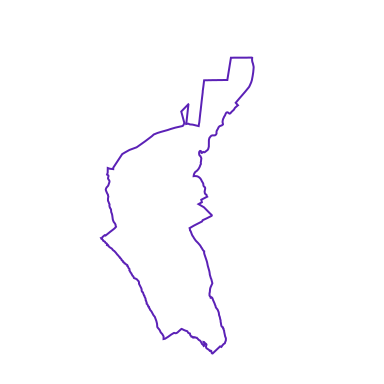 Santa Cruz Tlaxcala, Tlaxcala, Mexico, rotated 22°
{"feature_id": "50627088B88725263381209", "entity_name": "Santa Cruz Tlaxcala", "entity_type": "district", "adm_level": 2, "iso_a3": "MEX", "parent_name": "Mexico", "parent_adm1": "Tlaxcala", "projection": "equal_earth", "projection_center": [-98.126, 19.361], "detail": "fine", "context": "isolated", "style": "outline", "palette": "violet", "viewbox_px": 384, "rotation_deg": 22, "n_neighbors": 0, "source": "geoboundaries", "source_scale": "gbopen_adm2", "svg_char_len": 6112}
<svg xmlns="http://www.w3.org/2000/svg" viewBox="0 0 384 384"><g transform="rotate(22 192 192)"><path d="M135.0,153.0L133.9,155.3L129.4,162.8L123.9,171.3L118.3,176.4L115.3,180.1L113.1,183.0L109.9,198.9L110.4,200.3L107.1,201.2L104.9,201.3L106.6,205.7L106.7,207.7L108.1,207.9L108.6,208.5L108.8,209.9L109.1,211.0L110.1,211.8L110.8,212.2L111.4,212.8L111.7,213.6L111.8,215.1L111.9,216.9L111.9,217.6L111.7,218.2L111.1,219.8L111.0,220.9L111.1,222.0L111.4,222.5L111.9,223.1L112.4,223.6L114.0,225.2L115.0,225.9L115.5,226.8L116.1,227.5L116.6,229.7L117.3,231.4L117.9,232.1L118.6,232.7L119.5,233.8L119.9,234.0L120.3,234.6L120.4,235.3L121.1,236.5L121.3,236.8L121.9,237.2L122.3,237.8L123.1,238.2L123.6,238.8L124.1,239.9L124.7,241.0L125.7,242.0L126.6,243.2L128.9,247.2L130.4,248.9L132.4,250.1L133.3,250.9L134.0,252.1L134.6,252.7L133.9,254.6L133.1,256.1L131.1,259.5L128.2,264.7L128.1,264.8L127.4,264.6L127.2,264.8L125.9,267.2L125.8,268.6L125.7,268.7L125.1,268.9L125.5,269.3L125.9,269.3L126.8,269.6L127.4,269.9L127.8,270.4L128.5,270.6L129.3,270.6L130.0,270.8L130.6,271.4L132.4,271.8L132.8,272.2L133.0,273.1L133.3,273.1L133.8,272.6L134.1,272.7L134.5,272.9L134.7,273.3L135.1,273.6L136.6,274.1L138.8,274.5L139.6,274.9L140.1,275.3L141.2,275.7L142.0,275.8L144.1,276.8L146.3,278.1L147.4,278.5L148.8,279.4L149.2,279.4L149.9,279.8L150.1,280.2L150.8,280.3L152.0,281.0L152.3,281.3L152.4,281.6L153.7,281.9L154.2,282.2L154.4,282.7L154.8,282.8L155.8,282.9L156.0,283.1L156.1,283.4L156.2,283.5L156.8,283.4L158.4,283.9L159.1,283.9L159.5,284.1L159.7,284.4L159.7,284.8L160.5,285.0L161.4,286.1L162.8,286.8L163.1,287.3L163.3,288.2L164.2,288.7L165.1,289.6L166.3,290.2L166.7,290.7L167.3,291.1L168.0,291.8L168.9,292.1L169.4,292.4L170.1,293.2L170.4,293.5L171.7,293.5L172.0,293.4L173.1,293.6L173.5,293.6L174.0,293.8L175.0,294.4L175.7,294.6L176.2,295.0L176.6,295.5L176.9,296.0L177.2,296.9L181.2,300.4L182.0,301.6L182.3,302.4L183.1,303.2L183.5,303.3L183.8,303.3L184.3,303.6L185.0,304.6L185.8,305.3L186.2,305.9L186.8,306.1L187.3,306.9L188.5,307.9L189.1,308.6L189.3,309.0L189.4,309.5L190.2,310.1L190.6,310.8L191.3,311.3L191.7,312.4L191.8,312.6L192.7,312.9L193.3,313.4L194.4,314.6L195.0,314.5L195.4,314.9L195.6,315.5L196.8,316.3L197.1,316.8L199.1,317.9L202.5,320.7L204.3,321.7L207.3,325.0L208.9,327.2L210.3,330.0L210.8,330.5L212.7,331.5L213.8,332.2L215.6,333.9L217.7,334.9L219.7,336.5L219.9,336.9L220.7,339.0L222.0,338.1L224.1,335.2L226.1,332.0L228.0,329.5L228.3,329.3L229.4,329.2L229.9,329.0L230.2,328.8L230.6,328.4L231.1,327.8L232.0,325.9L233.5,322.9L234.2,322.8L236.1,323.0L238.5,323.0L239.2,322.8L240.0,323.0L241.1,323.9L241.5,324.0L242.0,324.1L242.9,323.9L243.1,324.0L243.8,325.1L244.4,325.6L245.1,325.9L245.7,326.4L246.2,326.1L246.8,326.1L247.4,326.6L247.6,326.6L248.6,326.1L248.4,325.8L249.0,325.6L250.9,325.6L251.1,325.4L253.7,326.6L255.2,326.8L256.2,327.4L258.3,329.2L259.4,329.5L260.6,330.4L260.8,330.1L260.4,329.7L260.3,329.4L260.7,328.5L260.6,328.0L260.2,327.6L259.2,327.1L258.9,326.7L259.4,326.6L260.5,327.2L262.2,327.7L262.6,328.1L262.8,329.7L263.0,330.4L263.6,331.2L264.3,331.5L266.8,332.0L268.2,332.7L268.6,332.5L268.8,332.1L269.4,332.2L270.5,333.8L271.1,334.1L271.6,334.0L275.9,324.6L276.6,324.6L277.2,324.7L277.3,324.5L277.6,323.0L278.3,321.1L279.1,320.0L279.1,319.6L279.0,319.0L279.0,318.7L279.0,317.0L278.3,315.1L277.6,314.2L277.0,313.7L274.1,309.4L274.0,309.1L273.6,308.4L273.0,307.9L272.7,307.5L272.4,306.9L272.0,306.9L271.7,306.6L271.4,305.9L270.2,305.7L269.8,305.5L268.9,304.4L267.8,302.5L267.2,301.7L266.5,300.1L266.1,299.8L264.6,297.5L263.4,296.2L263.0,295.6L262.2,294.1L261.4,293.1L259.7,291.4L258.2,290.6L257.2,289.9L256.4,288.7L255.4,287.8L254.9,287.1L251.9,284.2L250.8,282.9L250.0,282.4L249.7,282.4L249.4,282.5L249.1,283.1L248.9,283.1L248.8,282.9L248.8,282.3L248.6,282.1L247.7,282.0L247.0,281.4L246.1,279.2L246.1,278.7L246.0,278.1L245.1,275.2L244.9,273.6L245.0,271.0L245.1,269.2L245.0,268.9L243.1,266.3L242.5,265.5L241.9,265.0L239.9,262.5L239.2,261.5L239.0,261.0L237.7,258.9L234.2,254.4L232.3,251.5L231.1,250.0L226.8,245.0L225.9,243.7L225.8,243.1L225.5,242.4L224.7,242.2L223.1,241.2L222.6,240.6L221.3,239.9L220.7,239.3L219.2,238.3L216.7,237.0L213.7,235.7L211.1,234.0L209.6,232.8L208.7,232.3L207.4,231.0L205.5,228.9L204.5,228.3L203.8,226.9L203.3,226.4L206.5,222.3L212.3,215.6L212.4,215.3L212.4,214.3L212.6,214.0L215.6,210.8L219.1,206.8L219.1,206.2L218.8,205.9L217.1,205.3L208.8,201.7L202.6,200.8L205.0,197.8L203.5,195.7L207.8,190.7L207.3,190.4L206.6,189.3L204.8,188.7L204.3,188.2L203.5,186.8L203.2,185.1L202.8,183.5L202.2,182.8L200.9,182.4L200.2,181.7L199.2,179.9L196.6,177.9L195.9,177.2L194.6,176.3L193.0,175.7L191.8,175.5L190.9,175.5L189.7,175.8L188.3,176.3L187.6,176.7L187.3,175.6L187.2,174.5L187.2,173.8L187.6,172.0L188.3,171.1L188.8,170.0L189.2,168.9L189.5,167.8L189.7,166.0L189.7,164.8L189.6,164.1L189.8,163.1L189.6,162.3L189.1,161.4L188.8,160.0L188.0,157.2L186.5,155.7L185.6,155.4L184.8,154.8L184.1,153.5L183.7,152.3L183.8,152.0L183.9,151.3L184.1,150.9L184.7,150.7L186.2,152.2L186.6,152.0L186.8,151.2L187.2,150.8L187.5,150.6L188.3,150.7L188.9,150.3L190.7,147.2L190.9,145.9L190.6,143.6L188.2,137.5L187.9,135.5L188.4,133.6L188.9,132.5L190.0,131.7L191.2,131.3L192.1,130.8L192.8,129.6L192.8,128.4L192.2,127.2L192.0,125.9L192.3,124.0L192.4,122.0L192.9,120.7L194.8,118.9L195.4,117.8L195.0,117.0L194.1,115.7L193.6,113.7L193.5,112.7L193.6,111.1L193.6,109.9L193.9,108.9L193.9,106.6L194.2,105.4L194.9,104.9L195.5,104.8L197.3,105.3L197.7,105.1L198.1,104.6L198.6,103.0L200.0,100.0L200.3,98.0L200.5,97.5L201.9,94.7L202.1,94.4L199.1,92.9L200.8,87.7L203.8,78.9L205.6,73.1L205.7,71.4L205.8,68.3L205.6,65.8L204.8,61.8L203.9,58.0L203.0,55.0L202.5,53.4L202.1,52.6L200.3,50.0L199.4,49.0L198.6,47.8L198.0,46.5L197.5,45.0L197.1,45.0L177.8,52.9L182.8,74.9L168.2,81.0L161.4,83.9L163.1,90.2L164.1,94.2L164.6,95.6L166.8,103.7L169.3,112.6L170.0,115.3L172.7,124.8L172.9,126.0L173.5,128.4L167.3,129.3L164.8,130.1L162.8,130.1L161.2,131.1L155.9,112.2L155.7,112.1L151.9,121.4L158.6,130.3L159.1,131.1L159.0,133.1L158.6,134.3L152.4,138.6L148.6,141.6L146.3,143.6L140.7,147.9L137.9,150.2L135.0,153.0Z" fill="none" stroke="#5b21b6" stroke-width="2"/></g></svg>